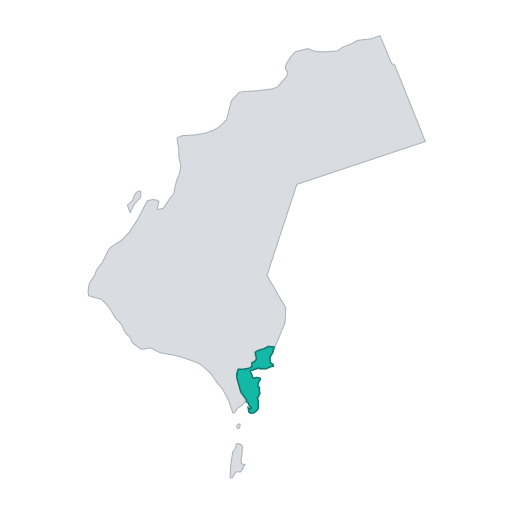 Al Buraymi highlighted on a map of Oman, rotated 181°
{"feature_id": "OMN-4836", "entity_name": "Al Buraymi", "entity_type": "Province", "adm_level": 1, "iso_a3": "OMN", "parent_name": "Oman", "parent_adm1": "", "projection": "mercator", "projection_center": [55.822, 24.259], "detail": "fine", "context": "in_parent", "style": "filled", "palette": "teal", "viewbox_px": 512, "rotation_deg": 181, "n_neighbors": 0, "source": "natural_earth", "source_scale": "10m", "svg_char_len": 4276}
<svg xmlns="http://www.w3.org/2000/svg" viewBox="0 0 512 512"><g transform="rotate(181 256 256)"><path d="M135.9,478.4L133.3,472.5L130.7,466.7L128.2,460.8L125.6,454.9L123.8,450.8L120.7,449.4L118.9,445.0L117.0,440.6L115.1,436.1L113.2,431.7L111.3,427.2L109.5,422.7L107.6,418.3L105.7,413.8L103.8,409.3L101.9,404.8L100.0,400.4L98.2,395.9L96.3,391.4L94.4,386.9L92.5,382.4L90.6,377.9L88.7,373.4L94.7,371.3L102.1,368.7L109.4,366.1L116.7,363.6L124.0,361.0L131.3,358.4L138.7,355.8L146.0,353.2L153.3,350.6L160.6,348.0L168.0,345.4L175.3,342.9L182.6,340.3L189.9,337.7L197.2,335.1L204.6,332.5L211.9,329.9L216.4,328.3L218.3,322.2L219.8,317.2L221.4,312.2L223.0,307.2L224.5,302.1L226.1,297.1L227.6,292.1L229.2,287.0L230.8,282.0L232.3,276.9L233.9,271.9L235.4,266.8L237.0,261.8L238.5,256.7L240.1,251.6L241.7,246.6L243.2,241.5L244.7,236.8L242.0,232.3L238.3,226.3L234.6,220.0L231.0,214.1L228.4,209.7L225.3,204.5L225.6,197.8L225.6,194.4L225.9,189.2L228.9,182.1L232.4,172.9L235.0,166.8L237.2,161.5L239.0,157.3L240.0,152.9L239.5,149.8L238.3,148.6L237.3,147.2L240.7,144.8L247.0,143.3L250.5,143.6L255.4,142.5L259.3,141.5L259.6,140.1L258.5,137.8L256.9,134.4L251.4,134.1L249.8,133.1L251.7,128.1L251.6,126.5L250.9,124.7L250.1,121.5L250.5,117.5L251.6,114.7L251.6,112.5L251.1,107.9L251.2,103.9L252.4,101.8L254.4,99.9L256.4,99.0L258.4,99.1L260.0,99.9L260.6,102.0L260.2,103.5L259.1,103.7L258.7,104.3L260.3,107.1L262.7,109.9L264.5,109.5L266.5,107.3L268.6,105.5L271.3,103.9L273.3,100.9L275.0,98.9L276.4,98.6L280.8,111.0L287.2,122.5L292.9,128.8L298.8,137.4L307.7,145.3L311.9,148.0L328.5,153.6L337.6,155.6L350.2,157.6L358.9,161.9L361.8,162.2L366.3,160.9L369.7,161.0L378.0,166.9L380.4,172.4L383.9,175.4L386.9,180.0L388.9,184.8L395.9,192.1L400.9,200.4L405.9,206.5L410.4,210.3L417.2,211.8L422.7,213.5L423.3,217.6L422.7,222.9L421.7,226.8L416.6,234.4L415.4,239.1L409.6,246.9L403.4,259.9L400.6,262.8L390.5,269.5L383.2,277.5L374.4,291.4L367.8,305.2L365.2,309.6L359.9,310.6L356.4,310.2L354.0,308.9L354.9,305.1L355.5,300.9L352.3,301.3L349.4,302.2L342.8,312.5L339.2,317.0L338.4,322.8L336.6,330.2L334.0,336.9L332.9,342.7L332.9,345.9L334.9,353.8L335.0,361.8L336.1,366.7L337.0,372.5L333.9,374.3L331.3,375.1L320.7,375.8L310.0,377.6L300.7,381.0L295.1,384.3L287.8,391.8L283.4,410.7L276.3,418.7L271.4,420.3L259.8,421.0L243.5,423.2L237.8,425.1L228.2,436.7L227.5,440.3L229.4,442.9L230.0,445.8L229.1,448.5L224.8,455.7L220.1,461.0L207.7,464.3L203.1,462.4L198.9,461.4L190.9,461.3L177.7,462.5L172.9,466.4L165.3,469.2L158.2,473.4L144.9,475.1L135.9,478.4ZM272.6,67.0L271.8,68.1L270.6,68.2L267.7,67.3L266.1,65.1L266.4,62.5L266.5,57.7L267.3,53.1L267.1,48.3L264.9,47.3L263.4,47.5L266.9,40.7L268.3,39.6L269.7,40.1L272.9,39.4L274.7,35.6L276.1,33.6L277.5,33.9L278.2,35.0L277.7,40.6L277.7,45.4L275.8,59.8L273.9,62.2L273.0,64.3L272.6,67.0ZM375.8,318.2L373.1,318.9L372.3,318.6L372.3,312.8L378.6,305.6L382.7,297.2L385.5,304.7L380.6,308.9L377.9,316.0L375.8,318.2ZM271.9,86.6L270.2,87.8L268.9,87.6L269.1,85.1L269.9,83.4L271.7,83.5L272.2,84.6L271.9,86.6Z" fill="#d9dde1" stroke="#a8b0b8" stroke-width="1"/><path d="M257.2,98.7L258.9,99.0L259.0,99.0L260.2,99.7L260.7,101.1L261.0,103.2L261.2,104.2L260.2,103.4L259.6,103.2L259.0,103.0L258.3,103.2L258.1,103.8L258.4,104.5L260.0,106.0L261.3,109.2L262.6,110.2L263.2,110.3L263.1,112.2L268.8,119.6L273.0,133.8L273.2,137.9L271.8,142.5L266.8,142.5L260.5,143.8L258.2,145.5L258.2,149.3L255.5,150.6L253.7,152.9L255.2,159.7L252.2,161.6L246.6,163.3L242.2,165.8L236.3,165.3L237.7,159.5L238.1,158.7L240.1,155.8L240.3,155.1L240.1,151.6L240.0,150.3L239.3,149.2L237.7,148.3L237.0,147.7L236.6,146.8L236.8,146.2L238.6,145.8L240.5,145.1L241.3,144.7L242.5,144.0L243.7,143.5L244.9,143.3L246.3,143.3L247.7,143.5L248.4,143.5L249.1,143.3L249.8,143.1L250.9,144.0L251.7,144.1L256.7,142.1L259.4,141.4L259.8,140.6L258.3,137.8L257.8,135.8L257.1,134.1L255.8,133.6L253.4,134.6L252.7,134.5L250.0,133.9L249.5,133.7L249.5,133.0L249.8,132.2L251.5,129.2L251.7,128.5L251.9,126.3L251.8,125.9L251.5,125.5L250.6,124.9L250.3,124.6L250.2,123.8L250.3,121.3L249.8,119.3L249.7,118.4L250.1,117.7L250.7,117.1L251.0,115.5L252.2,114.4L252.1,113.5L251.4,112.0L251.2,111.5L251.1,110.7L251.3,108.9L251.3,108.1L250.9,104.5L251.4,103.0L252.7,101.4L253.9,100.3L254.1,100.1L255.5,99.1L257.2,98.7Z" fill="#14b8a6" stroke="#0f766e" stroke-width="1.5"/></g></svg>